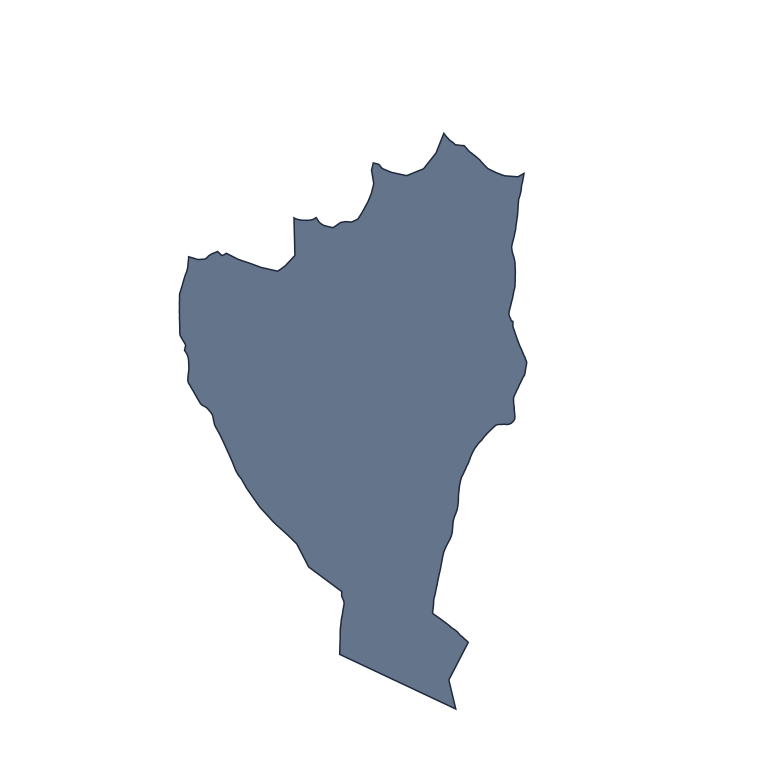 Grande Riviere/Degazon, Gros Islet, Saint Lucia (Robinson projection), rotated 32°
{"feature_id": "8701671B86513395077945", "entity_name": "Grande Riviere/Degazon", "entity_type": "district", "adm_level": 2, "iso_a3": "LCA", "parent_name": "Saint Lucia", "parent_adm1": "Gros Islet", "projection": "robinson", "projection_center": [-60.951, 14.028], "detail": "fine", "context": "isolated", "style": "filled", "palette": "slate", "viewbox_px": 768, "rotation_deg": 32, "n_neighbors": 0, "source": "geoboundaries", "source_scale": "gbopen_adm2", "svg_char_len": 4742}
<svg xmlns="http://www.w3.org/2000/svg" viewBox="0 0 768 768"><g transform="rotate(32 384 384)"><path d="M219.6,290.8L240.4,322.3L239.9,324.3L239.3,327.6L238.8,330.2L238.2,332.8L237.8,335.5L236.9,338.0L235.6,341.2L234.6,343.3L234.0,344.7L217.6,350.4L215.4,350.8L205.8,352.8L198.0,354.7L193.7,355.6L181.0,356.7L179.7,359.4L178.4,361.0L175.7,360.4L172.6,359.8L171.2,361.9L169.5,364.1L168.1,366.6L167.3,368.6L166.8,371.4L165.4,373.4L163.6,374.6L161.4,376.3L159.1,377.5L156.8,377.9L154.5,378.6L150.9,379.6L152.4,382.3L153.5,384.7L154.6,386.8L155.8,389.1L156.9,392.6L157.3,394.4L157.8,397.1L158.4,399.4L159.4,403.1L160.1,405.4L160.9,408.1L161.4,410.2L162.1,412.6L162.7,415.3L163.7,417.4L165.1,419.5L168.2,424.8L169.5,426.7L170.7,428.6L172.3,431.5L173.9,433.5L175.0,435.6L178.2,440.3L184.0,449.2L185.3,450.8L187.2,451.9L189.4,453.1L192.7,454.7L194.2,455.5L195.2,456.2L195.8,457.8L196.5,459.8L197.1,461.3L199.0,462.0L201.8,463.6L203.9,465.3L205.8,467.6L208.3,471.2L210.3,474.2L211.6,476.8L212.7,479.1L214.2,482.3L215.8,485.1L217.8,486.9L220.0,487.9L223.1,489.6L226.2,491.2L231.0,493.8L233.7,495.3L236.3,496.6L238.8,497.9L240.5,498.3L242.2,498.3L245.7,498.0L247.6,498.5L249.4,499.0L251.8,499.7L254.6,501.0L256.5,502.6L258.0,504.4L259.5,505.9L261.8,508.2L263.6,509.5L265.9,510.7L270.9,513.5L279.3,518.8L287.4,524.2L295.9,529.9L303.9,535.8L308.4,538.3L313.6,540.2L322.3,545.0L339.3,552.3L344.4,554.4L353.7,556.9L363.0,559.6L368.0,560.6L377.3,562.2L382.2,563.1L392.1,565.3L394.6,565.8L396.4,566.8L417.1,579.1L458.0,582.4L459.0,583.9L460.6,586.4L463.4,588.3L464.9,589.4L466.5,591.2L468.0,594.8L469.3,598.2L470.8,601.5L472.8,606.8L474.4,609.9L476.9,615.2L479.4,619.4L480.9,621.7L483.1,625.5L489.7,636.8L617.1,621.6L595.8,600.6L592.4,558.5L591.5,558.2L590.2,557.9L587.2,557.5L584.9,557.0L581.5,556.6L577.1,555.2L573.5,554.9L570.6,554.9L568.0,554.4L564.6,554.0L560.9,553.7L555.9,553.3L548.4,552.9L546.6,552.6L543.0,545.0L540.7,541.0L539.7,538.4L538.7,535.0L537.8,532.7L536.5,529.3L535.3,525.7L534.2,523.2L532.6,518.8L531.3,515.2L530.7,513.3L530.0,511.3L528.2,506.8L526.9,503.4L525.5,499.9L524.1,496.0L523.5,493.6L523.0,490.3L522.6,486.9L522.4,483.7L522.2,480.3L521.7,477.6L520.7,474.2L519.4,471.5L518.0,468.8L516.7,466.4L515.6,464.2L514.2,459.9L513.3,454.8L512.7,452.1L511.9,449.9L510.8,447.3L509.7,445.0L508.3,442.5L506.5,439.6L505.1,436.9L503.9,434.2L502.2,430.9L501.1,428.0L500.2,425.7L499.4,422.9L499.0,420.6L498.9,418.6L498.5,415.6L498.3,413.1L497.7,410.1L497.6,407.2L497.2,405.1L496.7,402.6L496.0,399.6L495.5,396.1L495.2,393.2L495.1,391.1L495.2,389.5L495.4,387.1L495.6,384.4L495.9,382.8L496.6,380.0L496.8,377.6L497.1,374.7L497.5,372.5L498.1,369.4L498.8,366.7L499.6,363.6L500.4,360.6L501.0,359.1L502.8,357.5L505.0,356.1L507.1,354.5L509.8,353.2L511.4,351.8L512.7,349.9L513.3,347.7L513.5,344.8L513.1,343.7L512.1,342.0L510.2,339.5L508.9,337.8L508.1,336.8L506.8,334.8L504.1,331.6L502.4,329.0L501.5,327.7L500.9,325.9L500.5,323.2L500.3,321.1L499.9,318.5L499.8,316.2L499.2,313.0L499.1,310.5L498.7,307.3L498.4,305.3L498.4,301.8L497.5,299.3L496.4,296.8L495.5,294.6L494.5,292.0L493.6,290.1L492.5,289.0L491.0,288.1L489.4,286.6L487.2,285.4L485.2,283.9L483.2,282.5L481.1,281.1L479.2,279.9L477.2,278.4L474.8,276.5L472.9,275.1L462.9,267.0L460.1,262.5L458.6,263.2L456.9,261.6L455.2,260.6L453.2,259.0L452.2,257.2L451.0,254.1L450.3,251.7L449.5,249.2L448.8,247.3L447.8,243.8L446.9,241.5L445.9,238.9L445.0,236.7L444.0,233.4L443.3,231.6L441.7,229.1L440.9,227.4L438.9,224.3L437.6,222.1L436.4,219.9L435.5,218.6L433.5,215.7L432.0,213.5L430.7,211.5L429.0,209.7L426.4,207.1L424.8,205.8L423.1,204.3L421.2,202.2L419.5,200.0L418.5,197.1L418.0,195.9L417.3,193.4L416.4,190.6L415.7,188.6L415.0,186.8L414.1,184.1L413.2,182.1L412.3,180.3L411.5,178.6L410.0,175.0L408.7,172.2L407.3,169.2L405.8,166.3L404.7,164.2L402.7,160.6L401.2,157.7L400.4,156.1L399.5,152.6L398.6,149.7L397.5,146.7L396.2,144.2L395.2,142.0L394.3,138.9L393.5,137.1L392.5,134.4L391.1,131.2L387.8,137.3L376.2,143.4L373.0,144.2L370.4,144.7L367.5,145.3L357.9,146.3L355.5,145.7L353.5,145.3L351.2,144.6L348.2,143.9L346.8,143.3L343.6,142.8L342.1,142.5L339.0,142.2L336.0,141.8L333.9,141.7L331.8,141.3L328.9,140.3L326.7,139.7L325.6,139.4L322.7,141.0L319.5,142.4L317.8,143.4L315.1,142.7L310.5,142.4L305.6,141.1L301.9,139.7L305.7,160.5L303.5,180.5L292.8,195.3L278.4,200.5L268.5,202.2L263.1,200.5L257.8,202.2L260.1,209.2L266.2,216.2L269.2,219.6L272.3,229.2L273.8,237.9L274.5,250.0L274.5,257.9L270.7,263.9L265.4,266.6L261.6,270.0L258.1,278.3L255.9,279.2L254.1,279.8L250.7,280.9L248.9,281.4L246.3,281.5L243.7,281.2L242.2,280.6L238.3,278.8L237.0,281.3L236.0,282.8L234.6,284.0L233.2,285.2L231.6,286.2L230.1,287.1L227.9,288.5L225.1,289.6L223.8,290.1L221.5,290.7L219.6,290.8Z" fill="#64748b" stroke="#1e293b" stroke-width="1.5"/></g></svg>